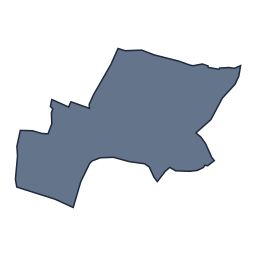 the district of Artane-Whitehall Lea-6, Dublin, Ireland
{"feature_id": "5873133B65902327619724", "entity_name": "Artane-Whitehall Lea-6", "entity_type": "district", "adm_level": 2, "iso_a3": "IRL", "parent_name": "Ireland", "parent_adm1": "Dublin", "projection": "albers", "projection_center": [-6.218, 53.392], "detail": "fine", "context": "isolated", "style": "filled", "palette": "slate", "viewbox_px": 256, "rotation_deg": 0, "n_neighbors": 0, "source": "geoboundaries", "source_scale": "gbopen_adm2", "svg_char_len": 855}
<svg xmlns="http://www.w3.org/2000/svg" viewBox="0 0 256 256"><path d="M240.6,65.6L234.4,68.3L229.0,67.5L219.5,68.1L218.9,69.3L208.2,67.4L208.0,65.9L202.5,64.0L193.2,65.7L189.9,65.1L179.0,61.2L154.5,55.0L141.7,50.1L125.0,50.7L118.0,48.5L110.9,64.5L93.7,94.4L89.2,104.3L89.4,108.3L70.9,101.8L68.6,107.0L51.8,99.5L50.4,106.5L52.8,108.8L51.4,112.8L51.8,123.8L48.0,133.8L42.0,133.5L32.3,130.7L20.3,130.4L16.9,146.3L17.5,156.2L15.4,179.5L16.8,187.1L55.0,199.2L73.2,207.5L80.8,181.6L89.6,163.6L92.0,161.0L100.0,157.8L113.3,157.3L129.2,161.6L144.8,163.8L149.3,167.0L153.9,177.1L157.3,181.6L165.3,171.2L169.8,167.4L175.6,170.8L189.7,171.3L197.4,170.4L203.4,167.5L204.9,165.2L207.6,165.8L214.3,160.6L211.7,157.3L205.6,143.7L201.0,137.2L195.9,132.9L210.8,119.7L222.4,98.0L235.0,84.3L238.8,76.2L240.6,65.6Z" fill="#64748b" stroke="#1e293b" stroke-width="1.5"/></svg>